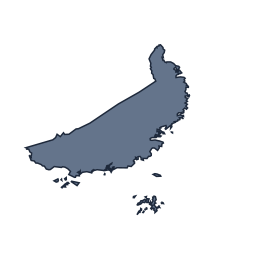 the district of Camarines Norte, Camarines Norte, Philippines, rotated 125°
{"feature_id": "2640588B74898440822212", "entity_name": "Camarines Norte", "entity_type": "district", "adm_level": 2, "iso_a3": "PHL", "parent_name": "Philippines", "parent_adm1": "Camarines Norte", "projection": "orthographic", "projection_center": [122.776, 14.169], "detail": "fine", "context": "isolated", "style": "filled", "palette": "slate", "viewbox_px": 256, "rotation_deg": 125, "n_neighbors": 0, "source": "geoboundaries", "source_scale": "gbopen_adm2", "svg_char_len": 5841}
<svg xmlns="http://www.w3.org/2000/svg" viewBox="0 0 256 256"><g transform="rotate(125 128 128)"><path d="M202.8,200.4L202.5,198.8L203.3,198.7L202.3,197.1L203.9,194.6L203.8,192.6L206.1,191.3L207.2,191.5L207.6,191.1L207.4,190.6L207.7,190.3L207.9,190.8L207.3,192.8L206.3,192.5L207.4,192.8L210.1,188.7L208.8,185.9L209.6,183.4L208.6,181.9L207.7,177.9L208.1,176.4L207.2,174.6L208.5,171.4L207.6,168.9L206.6,167.8L201.9,166.3L198.5,159.9L197.2,159.3L196.2,157.1L195.9,153.9L196.6,150.2L200.1,149.8L199.1,143.5L198.5,142.8L196.7,143.2L195.1,140.4L193.0,142.0L193.2,143.8L191.6,143.1L192.2,142.0L190.9,142.2L192.9,140.6L190.4,139.9L187.4,136.7L185.6,132.2L185.0,132.8L184.0,133.0L182.7,132.7L182.0,132.1L181.0,132.0L182.0,132.0L184.3,132.7L185.0,132.6L185.3,132.2L182.7,131.8L179.9,129.4L176.6,123.3L173.5,122.5L172.9,123.0L172.3,122.5L171.8,123.5L171.2,123.7L169.4,122.5L170.6,122.8L170.4,121.8L168.1,121.9L166.2,121.1L166.9,120.8L168.1,121.7L170.0,121.3L171.3,122.1L171.3,118.2L170.2,117.2L169.1,118.2L168.5,117.7L168.6,117.0L167.2,117.2L168.6,116.8L169.2,118.1L169.3,116.7L168.4,116.3L171.4,117.4L172.2,117.0L166.9,114.3L161.1,105.8L159.1,106.2L157.7,103.3L153.1,102.4L152.0,103.3L152.4,104.1L151.5,104.9L148.5,104.1L147.6,105.0L147.4,104.3L148.9,103.5L149.0,102.7L147.6,101.8L145.4,103.8L145.7,103.2L144.4,101.8L144.8,100.3L146.3,99.1L145.6,96.9L144.3,98.3L142.1,94.9L139.4,94.9L138.7,93.8L137.2,93.2L135.8,94.1L134.8,96.6L131.2,96.8L130.1,96.3L129.2,94.7L129.4,90.9L126.2,91.0L125.1,92.3L123.8,89.8L121.7,91.1L120.0,90.4L119.5,91.2L120.4,94.2L120.4,94.3L119.9,94.3L120.5,94.5L122.3,99.0L124.3,101.2L125.1,102.7L124.7,103.2L123.9,103.8L122.1,102.9L119.7,99.5L118.2,99.3L119.2,101.4L117.5,101.7L116.5,98.6L117.1,98.2L118.2,98.9L116.5,96.4L115.6,96.3L116.4,98.7L115.7,99.2L114.9,98.7L115.1,99.3L113.2,101.3L114.3,102.2L112.3,103.4L111.5,101.2L111.8,100.2L113.4,99.9L113.5,99.3L113.3,98.3L112.1,98.0L111.8,96.7L112.6,96.1L111.7,94.7L110.9,96.3L111.5,97.9L111.3,100.7L109.5,102.0L109.0,101.1L108.2,101.6L104.2,98.3L104.9,97.4L107.3,97.1L107.4,96.3L99.7,94.1L99.3,94.5L96.4,92.6L96.2,93.6L94.6,91.9L93.5,91.3L92.9,91.8L91.6,90.4L90.8,90.5L90.2,91.8L88.6,89.8L89.0,89.0L88.7,88.6L88.2,89.8L86.9,89.7L86.7,89.1L85.9,89.8L87.2,91.5L87.2,92.8L89.6,94.6L88.4,95.6L86.5,95.3L85.3,93.5L85.8,92.9L84.7,93.0L84.5,91.8L84.7,92.2L84.9,92.1L83.7,91.2L82.8,91.4L82.8,92.2L81.6,92.2L81.3,93.4L79.1,92.9L79.1,90.9L77.4,90.7L76.9,93.2L74.5,93.0L74.8,95.6L72.1,94.6L71.9,96.1L69.5,96.0L70.2,98.5L69.1,99.5L67.8,98.1L67.6,96.0L66.2,96.2L65.8,96.7L66.9,97.4L65.5,99.8L66.1,100.5L65.5,102.2L63.3,102.6L61.4,103.9L60.1,101.9L59.6,102.1L59.1,103.3L59.5,104.6L58.7,104.7L58.2,106.0L58.4,108.7L56.9,108.4L56.1,109.8L54.5,109.7L54.4,111.2L56.1,114.4L59.1,117.6L57.8,118.6L56.1,118.4L55.1,117.4L54.4,118.2L53.4,116.3L52.0,115.6L51.1,118.9L51.8,119.6L53.1,119.2L54.2,120.3L52.3,120.4L54.1,121.3L53.2,122.0L53.6,124.0L52.9,124.5L51.0,123.9L52.0,121.2L51.5,120.2L48.7,120.6L48.4,121.9L49.6,124.7L49.0,127.6L49.4,130.9L51.6,134.1L52.4,134.0L52.8,135.8L51.9,137.7L52.5,138.2L50.6,140.6L50.1,139.4L48.1,141.6L45.5,141.6L43.2,142.6L43.1,144.6L42.0,145.5L41.2,149.1L42.3,150.2L42.9,149.7L44.6,151.0L45.5,150.5L45.4,151.1L48.0,151.5L48.9,150.9L54.6,151.2L59.3,150.4L61.9,146.4L64.5,145.1L64.9,143.7L66.6,143.7L67.5,141.3L69.5,140.1L69.9,138.1L72.6,135.4L72.4,134.1L73.7,132.1L92.2,139.4L113.9,149.7L145.9,162.0L157.0,168.2L158.6,170.0L167.0,172.8L169.6,176.2L168.9,178.1L173.9,178.5L173.8,182.5L177.3,181.8L180.8,182.8L202.8,200.4ZM179.1,56.8L178.5,57.9L177.1,58.1L176.3,61.9L174.8,62.9L173.6,62.2L173.6,63.2L172.5,63.9L170.6,63.8L168.5,66.2L168.9,67.6L169.8,67.4L170.5,68.1L171.6,66.9L172.5,67.1L173.4,65.6L176.6,65.5L175.4,67.3L178.1,66.6L177.9,64.7L177.0,63.4L180.9,63.2L181.0,61.9L179.7,62.2L178.9,60.5L180.4,59.9L180.4,58.4L181.8,57.4L179.1,56.8ZM183.7,76.6L185.6,76.4L185.5,75.7L182.8,73.9L180.4,73.5L179.5,71.5L178.0,71.5L178.2,69.6L177.5,69.1L176.9,68.7L176.7,69.3L174.0,70.0L175.0,72.0L176.3,71.3L177.0,71.8L176.7,73.3L179.0,74.3L180.3,75.7L182.4,75.5L183.7,76.6ZM200.9,136.6L203.9,143.6L204.5,143.6L204.4,136.7L200.9,136.6ZM151.3,76.9L148.7,73.5L148.2,74.3L149.0,77.7L150.0,79.8L151.6,80.8L151.3,76.9ZM173.9,116.4L172.8,116.5L172.4,117.3L172.0,120.1L172.8,122.0L172.7,122.1L172.4,122.2L173.0,122.8L173.1,122.5L175.2,122.1L174.6,122.5L176.0,122.6L177.2,123.6L173.5,120.0L173.1,117.9L173.9,116.4ZM212.2,154.7L210.8,155.0L209.9,156.2L213.7,158.3L213.5,155.8L212.2,154.7ZM212.1,145.3L210.7,147.4L214.7,148.5L214.8,147.7L213.6,147.7L212.1,145.3ZM187.7,69.8L186.6,70.4L186.6,71.4L188.3,70.6L190.0,71.4L193.9,70.9L190.7,70.6L190.2,69.8L188.9,70.5L187.7,69.8ZM206.5,149.5L205.7,148.9L204.0,150.2L205.9,150.8L206.5,149.5ZM209.0,145.0L207.9,146.5L210.1,147.4L210.0,146.1L209.0,145.0ZM179.4,82.9L181.0,84.2L182.0,83.7L181.6,82.9L179.4,82.9ZM183.5,66.1L182.8,66.6L182.9,67.2L184.4,66.8L183.5,66.1ZM103.7,92.9L101.8,92.8L101.1,93.5L102.1,93.7L103.7,92.9ZM171.7,122.1L170.8,122.8L171.0,123.5L171.8,123.3L171.7,122.1ZM169.6,55.6L169.1,56.5L169.3,57.4L170.2,56.8L169.6,55.6ZM207.2,144.8L207.0,146.0L207.8,146.4L207.7,145.2L207.2,144.8ZM175.0,56.7L174.3,57.4L174.3,57.9L175.6,57.4L175.0,56.7ZM174.6,74.4L174.7,73.2L173.6,73.6L174.6,74.4ZM187.3,66.9L187.2,67.4L188.7,67.4L188.6,67.0L187.3,66.9ZM176.3,57.8L175.9,58.0L175.2,58.0L176.6,58.8L176.3,57.8ZM179.6,120.2L178.8,120.5L178.7,120.9L179.8,120.7L179.6,120.2ZM106.5,88.7L105.9,89.1L106.4,90.2L106.6,90.0L106.5,88.7ZM208.8,153.2L208.8,152.5L208.6,152.8L208.2,152.9L208.0,153.1L208.8,153.2ZM172.8,122.0L172.1,121.7L172.3,122.2L172.8,122.0ZM177.2,68.2L176.6,68.0L177.1,68.5L177.2,68.2ZM185.8,67.1L185.2,67.0L185.1,67.3L185.8,67.1ZM170.4,57.5L169.9,57.5L170.3,57.7L170.4,57.5ZM175.2,55.7L174.5,55.6L174.8,55.7L175.2,55.7ZM208.2,145.1L208.0,145.5L208.0,146.0L208.1,145.9L208.2,145.1Z" fill="#64748b" stroke="#1e293b" stroke-width="1.5"/></g></svg>